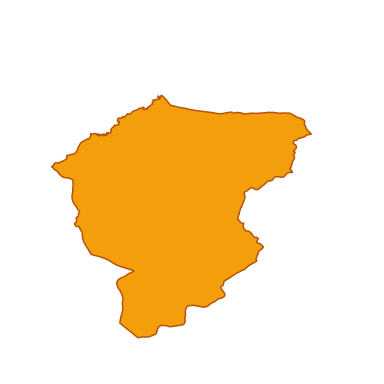 Andoung Meas, Rôtânôkiri, Cambodia (Natural Earth projection), rotated 56°
{"feature_id": "14789045B1558360713921", "entity_name": "Andoung Meas", "entity_type": "district", "adm_level": 2, "iso_a3": "KHM", "parent_name": "Cambodia", "parent_adm1": "Rôtânôkiri", "projection": "natural_earth1", "projection_center": [107.29, 13.96], "detail": "fine", "context": "isolated", "style": "filled", "palette": "amber", "viewbox_px": 384, "rotation_deg": 56, "n_neighbors": 0, "source": "geoboundaries", "source_scale": "gbopen_adm2", "svg_char_len": 5923}
<svg xmlns="http://www.w3.org/2000/svg" viewBox="0 0 384 384"><g transform="rotate(56 192 192)"><path d="M210.6,60.8L209.1,60.9L205.5,61.8L203.1,61.6L199.6,61.1L198.3,60.8L196.7,59.2L195.5,58.9L193.9,59.4L192.2,60.4L190.8,61.4L189.2,62.9L182.1,66.4L181.0,67.2L178.2,71.2L175.3,75.9L172.0,79.5L170.6,81.4L168.0,85.3L166.2,88.9L163.2,94.1L161.1,97.0L159.0,100.3L157.2,103.9L155.9,105.6L154.9,106.2L153.7,107.3L150.9,110.6L150.5,111.5L150.4,113.0L150.1,113.4L149.1,113.9L148.6,114.0L147.7,114.8L146.8,116.5L143.9,123.1L143.1,124.6L140.5,127.8L136.6,131.7L134.8,134.0L126.0,143.9L122.1,147.9L118.1,151.6L115.7,154.3L113.5,156.4L109.2,160.0L108.7,161.1L108.3,161.3L99.2,162.0L97.6,162.5L95.1,163.0L95.2,163.8L94.9,164.2L95.0,164.7L95.4,165.1L95.6,165.8L95.1,166.1L93.6,166.4L93.8,166.9L94.7,167.3L95.1,167.3L96.4,166.6L96.2,166.2L96.8,166.3L96.7,166.7L96.5,167.3L96.1,167.7L96.1,168.3L95.5,169.8L94.9,170.6L95.0,171.4L94.0,173.0L95.4,172.8L95.6,173.3L95.5,174.6L95.8,175.3L97.3,175.7L97.3,176.3L96.9,177.8L97.0,178.2L97.4,179.3L97.0,180.7L97.3,181.4L98.3,182.3L98.1,182.7L97.1,183.0L97.5,183.8L97.5,184.3L97.1,185.4L96.7,185.9L96.1,185.5L95.2,184.5L94.6,184.8L94.3,185.7L94.4,186.3L94.3,186.7L94.6,187.2L93.3,188.5L93.1,188.9L93.1,189.5L93.4,190.5L93.1,192.4L92.2,194.6L92.4,195.9L92.2,196.7L92.2,197.1L92.9,198.9L92.3,200.4L91.1,201.6L91.7,203.3L91.5,204.0L92.2,206.5L91.8,206.9L90.7,207.3L90.8,207.8L90.7,208.3L91.3,209.1L90.6,210.6L89.5,211.6L90.6,212.9L90.4,213.5L91.0,213.9L91.4,214.0L92.0,213.9L92.9,213.2L93.3,213.0L93.7,213.3L93.5,214.5L94.6,214.6L95.1,215.2L95.3,215.7L94.6,216.4L94.1,217.7L93.5,218.4L93.3,218.9L93.5,219.5L94.0,219.9L94.0,220.9L94.3,221.3L94.1,221.9L94.4,223.5L95.2,224.0L95.4,224.8L95.7,225.2L96.4,225.3L97.5,226.3L97.6,226.8L97.0,227.8L96.2,228.1L95.4,229.4L95.4,229.8L95.7,229.8L96.2,229.5L96.7,229.6L97.0,230.1L97.1,230.6L96.3,230.6L96.8,232.3L96.5,232.7L95.5,232.0L95.0,232.3L94.4,233.0L94.4,233.5L95.3,233.4L95.6,234.0L95.4,234.6L95.1,234.8L93.6,234.9L93.5,236.9L93.0,236.8L92.7,236.6L92.0,236.6L92.3,237.6L92.9,237.7L92.1,238.2L91.6,238.2L91.2,239.0L90.5,238.5L89.7,239.2L88.9,240.6L88.7,241.6L87.1,243.4L87.7,243.9L88.6,244.3L89.1,245.5L90.2,246.2L90.3,247.9L89.5,248.8L89.5,250.2L89.2,251.4L89.3,252.2L89.1,253.8L89.1,254.3L88.8,255.1L89.5,257.9L91.3,261.3L92.6,262.7L93.9,265.3L94.5,267.4L94.5,268.4L93.2,271.3L92.8,273.0L91.8,275.4L92.3,276.0L93.2,276.2L94.3,277.4L94.4,279.4L94.3,280.8L93.9,282.9L93.6,283.6L93.7,284.7L93.5,285.8L92.7,287.5L91.8,288.4L91.3,289.4L91.3,289.9L91.5,290.6L91.9,291.2L92.5,291.4L92.3,293.7L92.9,294.2L94.9,293.5L95.9,293.7L99.6,292.1L102.1,292.1L106.4,291.2L108.4,290.0L111.8,286.2L113.4,285.0L115.3,284.2L116.9,284.9L120.5,287.2L122.6,289.0L124.4,290.2L128.7,294.1L131.0,295.3L133.1,296.0L136.2,296.4L140.4,296.1L142.6,296.5L143.6,296.4L144.6,296.2L145.3,296.2L145.8,296.7L146.5,298.2L148.0,299.4L148.6,300.1L148.5,302.4L149.8,303.0L150.6,303.2L151.9,304.4L152.4,305.3L152.2,306.3L152.6,307.0L153.4,307.4L155.7,307.3L156.5,306.6L157.1,305.4L157.6,304.8L159.0,305.1L159.9,305.6L163.6,305.5L164.5,305.7L167.6,307.8L171.0,309.2L172.5,309.5L178.4,310.1L180.9,310.1L187.2,310.5L189.1,309.1L193.8,304.8L198.8,301.1L202.6,298.9L206.7,297.2L210.8,295.1L213.8,292.9L224.5,284.4L224.9,284.4L225.1,284.9L224.3,290.6L224.3,295.2L223.4,299.7L223.6,302.4L224.2,303.9L225.3,305.4L227.3,306.2L230.8,307.0L232.5,306.7L237.9,307.4L239.7,308.1L241.6,308.5L245.1,311.9L248.9,313.8L251.4,315.7L257.0,322.1L260.4,325.1L282.6,318.3L284.4,314.1L287.4,310.0L287.9,309.1L288.9,304.9L289.4,302.0L289.4,301.1L287.9,298.9L286.4,297.5L285.5,295.8L285.2,294.7L285.3,292.6L286.2,291.0L288.2,288.4L289.0,287.4L290.3,286.7L290.9,286.1L292.3,283.9L296.4,275.2L296.9,273.7L296.9,273.0L296.8,272.0L295.8,270.4L294.4,269.3L292.8,268.8L292.2,268.3L291.5,267.2L289.8,265.8L287.1,264.2L286.0,263.1L285.0,261.9L284.3,260.2L284.4,258.6L286.4,254.6L288.4,252.4L294.1,246.6L294.9,245.0L295.3,242.6L295.0,238.1L295.2,236.6L295.6,235.0L295.7,233.9L295.3,231.0L295.4,229.9L296.5,226.7L296.7,224.4L296.5,223.3L296.0,222.6L295.3,222.0L294.4,221.7L292.9,221.6L288.5,221.8L287.4,221.6L286.8,220.7L286.7,218.3L286.4,217.8L284.2,215.7L283.9,215.1L284.2,208.6L284.2,201.5L284.8,196.2L284.9,194.9L285.3,193.1L285.5,191.0L284.9,187.0L284.9,184.1L285.4,178.7L285.4,177.4L285.2,176.8L283.3,176.4L281.6,174.0L280.8,172.6L280.3,171.9L279.2,171.1L278.8,170.6L278.5,169.8L278.1,164.9L277.7,163.9L277.4,163.7L276.8,163.6L273.1,164.4L272.2,165.0L271.7,165.6L270.1,166.5L269.3,166.2L268.9,165.2L268.6,164.8L267.8,164.2L267.9,163.1L267.5,163.0L265.8,163.8L265.4,164.1L265.0,165.1L263.8,165.9L260.3,165.9L258.9,166.0L256.6,166.6L255.7,167.3L254.7,168.9L253.8,169.3L253.0,169.1L251.8,169.7L251.3,169.6L250.7,169.2L249.8,169.3L248.9,168.4L248.2,168.1L247.2,166.8L246.4,167.0L246.2,167.4L245.8,167.7L245.7,168.1L244.7,168.7L244.2,168.9L243.1,168.7L241.5,168.8L241.1,169.1L240.4,169.3L240.2,169.6L232.5,160.6L232.3,159.7L231.7,158.6L230.9,157.8L228.7,154.4L226.7,151.7L225.8,150.9L224.4,150.2L223.1,149.8L221.7,149.1L221.5,148.2L221.7,145.9L221.4,140.5L222.1,139.5L222.7,139.4L223.7,138.8L225.0,138.3L225.8,137.6L226.5,136.7L226.7,135.3L226.5,131.0L225.5,123.1L225.7,122.3L226.8,120.2L227.0,119.0L226.9,118.1L226.3,116.6L226.0,115.2L226.1,114.0L228.0,111.5L229.9,109.4L230.5,108.3L230.7,107.0L230.6,106.3L229.7,102.8L229.9,101.2L230.5,99.9L231.4,98.8L231.9,98.0L231.4,97.5L230.7,97.5L229.1,97.5L227.7,98.1L226.4,95.4L225.8,95.2L225.4,94.8L224.8,93.4L223.5,92.5L222.8,91.3L222.0,89.2L221.4,88.4L220.7,87.8L219.8,87.3L218.6,87.3L217.9,87.0L217.7,86.6L217.4,85.0L217.0,84.6L216.6,84.4L216.1,84.5L215.3,85.2L215.0,84.8L214.4,82.2L213.7,80.9L213.0,80.1L212.2,79.8L211.5,79.8L210.6,79.9L209.1,80.7L208.4,80.7L207.5,79.9L206.7,79.5L206.6,78.7L206.8,77.7L207.7,75.8L207.6,75.3L207.1,74.8L207.0,74.0L208.4,70.5L209.2,67.8L209.2,66.7L208.8,65.9L209.1,64.2L209.8,63.1L210.6,60.8Z" fill="#f59e0b" stroke="#b45309" stroke-width="1.5"/></g></svg>